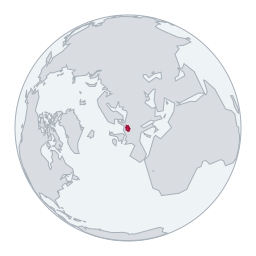 globe centered on Nordrhein-Westfalen, rotated 295°
{"feature_id": "DEU-1572", "entity_name": "Nordrhein-Westfalen", "entity_type": "State", "adm_level": 1, "iso_a3": "DEU", "parent_name": "Germany", "parent_adm1": "", "projection": "orthographic", "projection_center": [7.941, 51.424], "detail": "coarse", "context": "on_globe", "style": "filled", "palette": "rose", "viewbox_px": 256, "rotation_deg": 295, "n_neighbors": 0, "source": "natural_earth", "source_scale": "10m", "svg_char_len": 10484}
<svg xmlns="http://www.w3.org/2000/svg" viewBox="0 0 256 256"><g transform="rotate(295 128 128)"><circle cx="128" cy="128" r="113" fill="#eef3f6" stroke="#a8b0b8"/><path d="M15.4,131.0L16.0,130.8L16.8,123.7L16.8,120.9L16.3,121.0L17.3,110.4L18.9,103.7L28.5,75.4L30.9,71.1L33.1,67.8L47.5,50.5L36.1,63.1L39.5,58.5L44.4,52.9L44.2,53.3L50.9,47.1L55.5,42.9L64.5,37.3L72.7,35.9L69.7,37.6L72.0,37.3L76.0,35.2L78.0,34.0L91.4,31.7L104.9,27.8L107.9,25.4L108.2,27.0L113.2,21.9L119.7,20.0L113.0,23.0L112.9,23.9L117.7,22.9L118.7,23.7L121.5,23.8L122.2,25.0L118.3,26.8L118.6,27.7L122.0,26.9L124.8,27.8L119.8,28.7L124.2,30.4L118.4,34.3L104.4,36.7L101.9,40.6L89.3,47.9L91.2,48.5L87.6,51.9L88.4,54.0L85.8,54.9L88.7,55.8L90.8,54.5L92.8,54.5L93.5,55.6L90.3,57.0L89.6,56.6L89.0,57.7L87.1,57.9L88.4,58.4L84.5,60.1L89.3,60.2L87.0,63.0L84.2,63.7L83.3,61.3L74.5,57.6L71.3,57.9L67.8,60.5L63.6,70.2L60.6,71.6L57.5,75.3L59.7,75.5L62.9,72.7L66.2,74.1L69.8,70.7L71.6,70.9L75.8,68.6L76.4,71.6L74.8,75.7L71.4,77.9L70.5,79.8L74.8,80.1L69.4,86.4L67.6,95.0L66.1,96.5L61.2,95.1L58.6,89.2L52.3,88.2L57.7,91.6L53.7,95.7L53.6,97.6L54.6,99.1L56.6,98.7L55.5,100.7L49.8,97.9L50.7,96.0L52.5,96.8L51.2,94.2L47.4,92.7L45.7,95.1L41.6,91.1L40.4,92.8L38.8,93.0L41.1,90.4L36.9,95.1L31.9,92.3L26.1,100.4L30.4,90.8L31.1,86.7L31.4,82.7L30.4,83.9L32.2,77.6L31.5,75.1L27.8,79.0L24.5,85.4L22.8,91.7L23.9,91.1L23.6,95.1L20.4,98.6L19.4,107.5L17.5,111.8L16.7,116.8L17.0,120.0L17.1,125.4L18.3,125.3L19.8,128.3L18.6,132.6L20.3,131.3L20.5,135.9L24.1,144.8L23.5,145.1L26.4,157.6L31.4,167.7L32.6,172.6L31.8,173.6L34.0,176.8L34.1,178.1L44.5,190.5L51.3,198.6L52.0,202.5L48.3,202.8L49.3,208.0L44.2,203.2L39.1,197.2L34.4,190.7L30.3,184.0L26.6,177.0L23.4,169.7L20.7,162.2L18.5,154.6L16.9,146.8L15.9,138.9L15.4,131.0ZM24.4,102.5L23.3,115.0L22.4,110.4L22.8,110.7L23.4,106.9L24.0,101.3L23.6,97.7L24.4,102.5ZM27.5,102.4L27.6,100.6L27.8,102.1L27.5,102.4ZM78.8,33.3L76.0,35.1L72.1,36.8L74.3,35.2L78.8,33.3ZM86.3,30.8L85.3,31.7L82.8,31.7L84.2,31.2L86.3,30.8ZM109.9,23.6L107.4,24.3L109.5,23.4L109.9,23.6ZM121.8,23.6L122.2,23.2L123.5,23.4L121.8,23.6ZM75.2,67.2L75.5,67.9L74.5,67.9L75.2,67.2ZM76.7,65.6L75.4,65.2L75.9,64.4L76.7,64.6L76.7,65.6ZM125.7,25.5L127.7,26.1L125.0,25.8L125.7,25.5ZM78.2,66.3L77.0,63.0L78.0,61.6L81.8,61.6L78.2,66.3ZM128.4,26.7L133.3,28.4L134.6,27.5L133.6,31.1L129.8,28.4L126.3,28.0L128.4,27.5L128.4,26.7ZM91.3,53.6L89.0,55.0L90.3,52.8L91.3,53.6ZM91.6,52.2L92.8,45.9L96.5,44.6L95.3,46.9L99.7,44.5L100.9,46.9L98.8,48.8L96.2,49.1L98.7,49.8L91.6,52.2ZM132.3,33.0L132.8,33.8L131.5,33.3L132.3,33.0ZM93.7,54.3L93.6,53.1L96.8,51.8L97.6,54.1L96.3,53.7L93.7,54.3ZM100.2,42.7L102.7,42.3L104.4,44.1L105.6,44.2L101.3,46.9L100.2,42.7ZM95.9,54.6L97.9,55.3L97.0,56.9L94.0,55.4L95.9,54.6ZM97.3,50.6L98.9,50.1L98.3,51.1L97.3,50.6ZM94.9,63.5L94.7,61.9L96.4,61.1L94.9,63.5ZM98.7,55.4L99.0,54.8L99.7,54.3L100.8,55.1L98.7,55.4ZM102.8,48.0L103.0,48.9L104.7,47.0L106.0,48.4L102.8,50.0L104.8,49.9L105.2,50.3L102.1,51.2L102.8,48.0ZM103.8,54.6L100.2,57.3L100.2,60.3L98.7,61.1L99.0,56.1L103.8,54.6ZM103.1,52.5L103.2,53.9L101.3,54.1L100.0,53.2L103.1,52.5ZM108.1,48.8L106.8,46.3L107.5,46.0L108.1,48.8ZM104.2,55.4L105.0,54.7L104.4,55.6L104.2,55.4ZM107.3,50.8L106.7,49.9L107.6,49.6L107.3,50.8ZM107.2,54.2L106.0,55.1L105.1,54.5L107.2,54.2ZM107.5,52.6L108.8,52.5L105.5,53.7L107.1,52.2L107.5,52.6ZM108.2,50.7L108.5,50.2L108.3,51.1L108.2,50.7ZM111.2,56.2L107.2,57.9L105.3,56.5L109.4,55.0L111.2,56.2ZM240.3,119.3L239.8,116.8L239.6,117.9L238.4,112.8L235.7,108.7L236.0,114.1L234.8,111.3L231.2,110.0L230.9,117.8L231.3,134.4L233.3,142.3L232.6,148.7L226.6,143.6L222.8,137.5L221.4,140.9L214.7,139.5L205.1,149.1L203.1,147.8L201.5,150.7L196.6,151.6L193.4,149.2L190.8,151.3L199.3,157.4L202.0,155.1L203.5,149.1L205.4,151.9L210.0,151.6L207.1,164.2L191.9,182.6L189.4,177.0L172.7,164.4L172.6,161.9L172.5,161.7L172.2,161.3L171.7,165.5L168.5,162.5L178.5,173.2L180.6,178.2L191.7,183.1L190.9,184.5L194.2,184.7L203.4,176.2L203.6,178.2L199.9,190.3L186.3,208.7L187.5,214.1L185.6,219.1L175.9,225.7L175.5,228.0L170.3,230.6L169.2,231.8L164.3,234.1L156.6,236.8L144.9,239.1L145.1,238.6L140.7,237.8L135.0,232.3L138.9,228.3L138.3,225.2L129.7,217.4L131.6,212.1L129.1,209.9L124.0,210.5L120.9,207.7L117.8,207.5L97.2,207.1L90.4,201.9L81.0,187.0L84.3,182.6L84.0,175.9L106.1,156.3L111.8,158.4L130.5,155.4L133.0,156.1L131.9,162.1L146.8,167.2L150.3,161.8L162.6,162.5L170.1,159.8L170.7,148.3L158.5,152.6L155.2,147.9L164.1,140.0L174.7,136.3L173.7,134.4L166.1,132.5L167.6,127.5L163.4,131.5L165.8,132.9L163.2,135.5L160.9,134.4L161.5,132.6L158.0,132.8L156.0,141.5L158.3,143.9L149.8,147.6L152.7,152.1L150.8,154.9L145.1,148.5L144.9,145.6L135.1,138.9L134.6,142.2L143.7,148.8L141.3,148.6L140.6,153.5L139.2,149.6L129.3,141.8L121.1,144.1L112.2,155.6L107.0,156.1L101.9,153.3L103.5,141.5L114.9,141.7L115.6,137.8L111.9,132.0L115.6,132.7L115.5,130.4L119.7,130.2L124.2,124.6L128.2,123.9L128.6,116.8L130.8,115.6L129.9,120.0L131.5,122.8L141.3,121.0L142.8,119.2L142.3,114.9L145.1,115.1L143.3,111.2L148.3,108.2L140.7,108.6L139.9,103.9L142.2,99.6L140.6,98.3L136.9,105.3L136.6,108.1L138.6,110.3L136.7,118.3L133.6,120.1L130.4,112.2L125.7,113.9L125.3,107.3L135.6,91.9L140.6,88.2L151.6,91.4L151.2,94.7L147.1,95.1L152.1,98.9L151.1,96.6L153.4,96.8L153.2,92.7L154.9,92.7L151.9,88.8L153.9,88.4L155.7,90.8L157.1,84.6L160.9,82.8L160.4,81.4L158.8,80.5L164.6,79.0L164.0,78.0L161.9,78.2L159.3,76.4L157.0,72.9L159.1,72.5L160.3,73.8L165.8,76.0L168.4,79.5L169.1,79.1L167.3,76.0L160.5,73.2L158.5,71.2L161.8,72.0L160.5,71.5L160.2,70.4L161.8,69.1L158.3,68.0L151.8,57.3L154.4,53.9L158.1,55.7L155.9,48.5L159.0,45.7L157.0,45.8L154.6,42.7L153.6,43.5L152.5,43.3L145.9,36.4L146.0,34.7L140.9,32.2L139.9,32.3L139.5,33.4L133.6,31.1L134.6,27.5L136.8,27.4L135.9,25.4L141.2,25.7L145.1,25.1L151.4,27.0L153.9,26.6L153.3,25.9L156.2,24.9L164.7,26.0L160.7,28.3L148.7,28.4L153.8,28.5L153.5,29.6L155.9,30.3L159.5,30.4L159.4,29.8L169.5,36.2L179.8,39.9L177.0,36.6L178.1,35.4L187.4,37.9L203.3,49.6L204.9,49.1L206.9,50.4L209.7,53.6L206.9,51.8L207.1,53.4L205.1,52.0L208.6,57.0L205.9,55.2L210.0,60.2L211.5,60.3L209.4,56.4L214.1,61.7L215.6,60.7L218.8,63.5L226.8,75.8L230.3,84.1L231.1,85.7L230.9,87.0L233.0,92.8L235.4,94.8L236.2,97.0L238.5,106.6L238.1,105.1L237.5,108.5L239.2,114.8L239.7,113.6L239.8,114.5L240.3,119.3ZM99.8,168.0L99.5,170.1L99.8,168.0ZM186.9,137.6L192.5,134.3L188.2,129.1L190.0,127.5L187.9,126.4L187.9,128.8L182.4,125.5L184.2,121.9L182.6,119.3L180.6,120.3L178.2,127.6L186.0,132.2L185.5,135.8L186.9,137.6ZM24.3,145.0L24.6,146.9L23.9,145.5L24.3,145.0ZM21.4,111.4L21.6,113.3L21.4,115.0L21.1,113.7L21.4,111.4ZM24.8,127.2L25.4,129.7L24.4,127.9L24.8,127.2ZM23.4,116.8L24.3,125.4L22.5,122.3L22.0,117.0L22.8,119.6L23.4,116.8ZM25.8,103.9L25.7,105.4L25.2,105.8L25.8,103.9ZM27.7,103.5L27.6,103.1L28.0,101.9L27.7,103.5ZM54.1,95.8L54.5,96.1L55.1,97.9L54.1,97.6L54.1,95.8ZM62.3,103.0L60.4,106.2L61.0,103.6L59.2,103.7L58.3,98.6L65.3,97.1L62.3,98.6L62.3,103.0ZM59.0,91.6L58.8,94.9L58.8,91.4L59.0,91.6ZM110.8,118.9L112.6,120.4L111.7,123.0L106.6,124.6L107.9,120.7L110.8,118.9ZM115.5,122.0L113.8,114.1L116.9,113.0L115.4,114.9L117.6,115.0L115.9,118.1L120.6,125.1L120.0,127.9L110.9,128.9L114.2,126.9L112.2,125.4L115.5,122.0ZM103.9,97.7L103.2,94.8L110.8,96.1L110.6,98.7L105.5,100.3L102.8,98.1L103.9,97.7ZM85.1,67.2L84.3,66.3L85.2,65.9L86.6,66.2L85.1,67.2ZM94.7,62.9L89.4,70.5L88.2,69.9L86.5,75.4L82.8,75.9L84.0,72.3L79.9,77.0L79.5,74.0L77.0,77.4L80.2,69.2L79.7,66.9L81.7,69.3L85.1,68.8L86.4,67.8L89.8,63.5L90.5,58.4L94.0,57.3L96.3,57.9L96.6,58.9L94.3,59.3L96.5,60.5L93.3,61.8L94.7,62.9ZM121.1,68.1L118.2,67.6L122.1,71.1L119.0,72.1L119.6,72.4L117.8,74.3L116.7,77.3L115.1,77.4L115.4,78.5L114.2,79.9L114.0,81.6L111.1,82.3L110.6,84.4L109.5,83.6L109.5,87.1L108.2,84.8L106.5,86.5L108.7,87.8L93.4,88.7L88.0,91.2L84.2,94.5L82.4,90.5L84.9,84.9L89.5,79.3L94.9,77.7L93.2,76.3L95.2,75.1L95.8,76.7L96.2,73.6L98.1,73.1L102.2,68.8L101.6,64.8L103.1,63.2L104.3,64.5L104.9,62.1L108.1,63.5L109.2,62.5L113.5,63.0L115.0,66.3L116.2,64.9L119.5,65.3L121.1,68.1ZM112.3,56.4L114.9,59.9L114.4,62.2L107.2,60.4L105.7,61.2L101.1,60.3L101.9,57.0L103.1,57.6L104.5,57.3L103.7,58.5L105.4,57.4L107.2,58.1L109.0,57.5L109.3,58.8L112.3,56.4ZM135.2,153.7L137.0,153.7L139.7,153.1L139.3,156.2L135.2,153.7ZM128.3,148.5L129.9,148.0L130.6,151.9L128.7,151.9L128.3,148.5ZM130.1,144.5L129.9,147.6L128.9,145.9L130.1,144.5ZM131.3,119.4L132.9,118.6L133.3,119.6L132.7,121.2L131.3,119.4ZM132.1,79.5L130.5,78.6L130.8,77.9L128.9,74.7L131.1,73.8L133.1,75.5L132.1,79.5ZM169.0,151.0L167.3,153.8L165.9,153.3L166.8,152.4L169.0,151.0ZM152.8,155.8L156.9,156.2L152.7,156.7L152.8,155.8ZM134.2,78.0L133.1,76.7L134.8,77.1L134.2,78.0ZM132.6,73.1L134.5,73.2L131.1,73.4L132.6,73.1ZM201.5,209.1L192.5,219.5L188.2,222.2L188.3,221.0L192.3,215.6L197.7,211.2L200.6,207.4L201.5,209.1ZM240.6,125.8L240.0,125.3L240.2,122.3L240.4,120.4L240.6,125.8ZM233.7,142.5L235.4,144.6L234.8,147.2L233.7,142.5ZM232.2,87.6L233.0,90.2L232.4,89.3L231.1,85.5L232.2,87.6ZM221.4,66.2L223.4,68.8L224.3,70.1L223.6,69.5L221.4,66.2ZM151.3,70.2L151.5,75.5L153.1,79.1L156.3,80.5L151.9,80.9L149.4,75.4L151.3,70.2ZM151.6,58.8L148.8,57.8L149.9,56.9L150.7,57.0L151.6,58.8ZM150.0,59.2L146.8,60.5L145.1,59.0L148.0,58.3L150.0,59.2ZM140.5,69.0L140.5,70.6L139.1,70.2L140.5,69.0ZM227.3,74.8L226.5,73.4L225.4,71.4L225.6,71.8L227.3,74.8ZM205.6,47.5L204.5,46.8L202.7,45.0L204.0,46.0L205.6,47.5ZM196.1,39.1L201.9,44.4L206.4,49.0L206.1,48.3L209.2,51.0L208.3,51.0L203.5,46.5L200.5,43.3L197.8,41.6L194.3,38.7L191.6,37.6L189.4,36.1L190.9,36.3L196.1,39.1ZM190.6,37.3L184.7,35.0L182.5,32.6L183.3,32.5L186.9,34.5L187.9,35.7L190.6,37.3ZM182.6,33.8L183.5,34.9L176.6,35.3L174.6,34.8L178.7,32.9L179.7,34.0L181.8,34.4L182.6,33.8ZM133.8,33.4L132.9,33.7L133.1,33.0L133.8,33.4ZM152.0,43.9L150.5,43.5L150.7,42.6L152.0,43.9ZM146.5,42.0L147.2,43.3L145.5,42.1L146.5,42.0ZM149.1,46.2L147.1,43.9L150.3,46.0L149.1,46.2Z" fill="#d9dde1" stroke="#a8b0b8" stroke-width="1"/><path d="M126.5,126.8L127.5,126.1L127.6,125.9L128.0,126.2L128.0,126.5L127.9,126.7L128.0,126.8L128.7,126.5L128.4,126.0L128.8,125.8L129.1,126.1L129.4,125.9L129.3,126.6L129.5,126.6L129.7,127.1L129.8,127.1L129.7,127.5L129.8,127.5L129.6,127.9L129.3,127.8L129.2,127.9L129.2,128.1L128.9,128.2L128.8,128.3L129.0,128.3L128.9,128.6L128.7,128.6L128.7,129.0L128.3,129.2L128.2,129.5L127.8,129.0L127.7,129.3L126.5,129.9L126.6,130.1L126.0,130.1L126.0,129.8L125.8,129.8L125.9,129.6L125.6,129.4L125.7,129.0L125.4,128.8L125.8,128.5L125.7,128.4L125.9,128.0L125.6,127.2L126.5,127.0L126.6,126.9L126.5,126.8Z" fill="#f43f5e" stroke="#9f1239" stroke-width="1.5"/></g></svg>